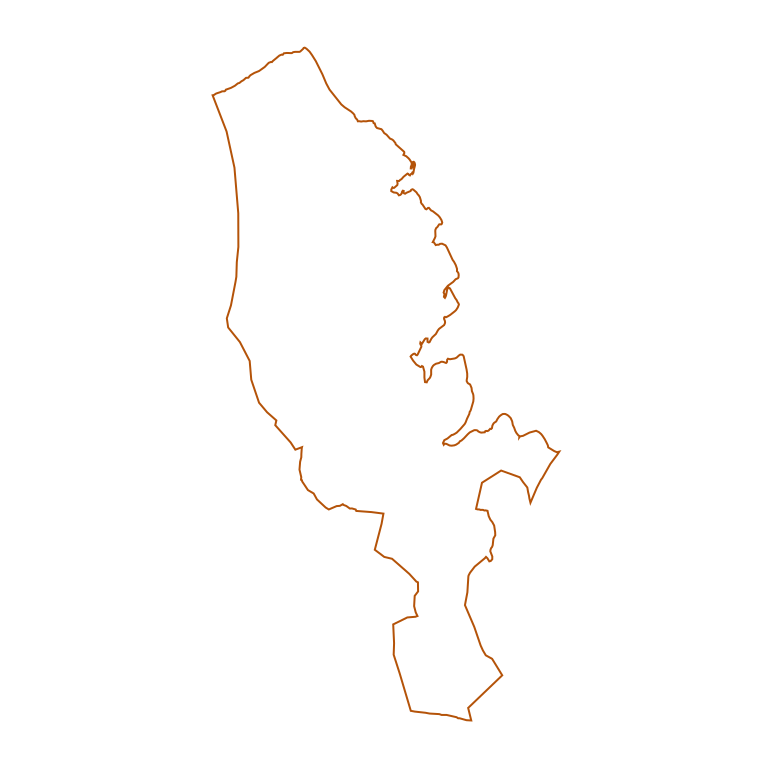 Sorong Selatan, Papua Barat, Indonesia (Equal Earth projection), rotated 181°
{"feature_id": "22746128B99267537228675", "entity_name": "Sorong Selatan", "entity_type": "district", "adm_level": 2, "iso_a3": "IDN", "parent_name": "Indonesia", "parent_adm1": "Papua Barat", "projection": "equal_earth", "projection_center": [132.035, -1.666], "detail": "fine", "context": "isolated", "style": "outline", "palette": "amber", "viewbox_px": 768, "rotation_deg": 181, "n_neighbors": 0, "source": "geoboundaries", "source_scale": "gbopen_adm2", "svg_char_len": 6126}
<svg xmlns="http://www.w3.org/2000/svg" viewBox="0 0 768 768"><g transform="rotate(181 384 384)"><path d="M351.5,57.7L347.5,57.0L336.7,56.0L332.7,55.3L322.9,54.9L320.6,54.1L315.6,54.2L305.6,52.1L304.1,51.1L302.5,51.1L295.7,49.3L290.9,49.1L294.2,61.6L260.7,94.8L271.1,111.1L277.5,114.5L280.5,119.4L282.8,124.2L289.5,142.7L299.2,164.3L297.0,177.1L296.3,192.9L296.1,194.0L294.7,196.8L290.1,203.0L280.2,211.5L279.0,212.9L277.6,211.6L275.6,208.5L274.2,208.9L272.7,210.7L272.7,213.4L274.8,218.6L274.6,220.2L274.0,221.8L273.1,223.0L272.5,224.7L271.9,231.3L270.1,234.7L270.3,237.9L271.4,244.4L273.3,247.8L275.3,250.2L277.0,253.7L278.3,259.0L280.1,259.4L281.5,259.3L282.9,259.9L285.5,259.8L286.2,260.2L288.5,260.3L289.8,260.7L284.3,287.0L265.4,299.5L246.6,293.1L243.3,288.4L238.9,283.0L238.0,278.3L237.1,274.9L236.6,272.0L235.5,267.8L229.4,282.9L225.3,291.1L224.2,292.5L216.3,307.0L209.4,316.5L207.6,319.4L209.9,318.8L212.6,319.9L218.7,323.5L219.1,325.5L220.3,327.9L222.3,331.6L224.6,335.0L226.0,336.7L228.3,338.6L231.1,339.9L237.6,338.0L244.1,334.6L247.1,334.0L247.8,333.0L247.7,334.4L248.8,335.0L250.7,337.3L251.9,339.4L253.1,342.6L254.5,345.3L255.2,348.9L256.7,352.1L258.7,354.1L260.0,355.1L262.1,356.1L263.2,356.2L264.9,356.0L266.7,354.8L268.3,353.4L270.0,350.9L271.2,348.5L273.2,347.1L273.9,346.3L274.9,344.3L275.3,341.7L276.1,340.9L277.0,341.1L278.7,339.2L279.9,338.7L281.1,338.9L282.0,338.5L282.4,337.5L285.7,337.1L286.9,337.3L288.9,338.2L289.7,339.1L290.7,339.4L292.3,339.5L293.2,339.3L297.4,337.1L299.4,335.2L303.2,331.0L305.6,328.8L307.2,328.0L308.0,326.6L310.7,324.7L312.6,323.9L315.3,323.5L317.4,323.7L320.5,325.2L322.4,325.4L323.2,324.3L324.0,326.0L322.7,328.9L319.6,330.6L315.4,334.2L314.5,334.3L312.7,335.2L310.5,336.6L306.8,340.4L302.6,345.4L301.7,347.1L300.4,350.7L298.2,355.5L297.8,357.7L297.2,358.5L296.7,359.7L294.4,368.2L294.2,371.0L294.4,374.0L294.7,375.4L296.0,378.5L296.4,381.6L297.9,385.0L300.2,386.3L301.3,388.1L301.4,389.2L300.9,392.5L301.0,395.9L301.7,400.0L304.8,413.0L305.3,413.9L306.3,414.7L308.3,414.7L309.5,413.9L311.9,411.6L313.6,410.8L318.5,409.9L320.5,410.4L321.3,409.3L321.3,407.9L321.6,406.7L322.3,406.1L324.8,407.0L326.5,407.3L327.5,407.1L329.5,405.9L332.3,405.2L334.4,403.9L335.3,403.0L336.4,401.2L337.1,399.2L337.0,394.3L337.7,392.0L338.4,390.7L340.5,388.4L341.3,386.4L343.0,386.6L343.7,391.1L343.8,397.0L345.3,402.0L346.4,402.6L347.0,401.8L347.9,401.6L352.0,404.0L355.3,407.9L357.9,411.9L357.2,412.9L355.4,414.4L354.3,414.9L353.5,414.7L352.8,413.7L351.6,413.3L350.9,414.0L347.3,421.9L347.4,423.1L348.1,424.0L348.5,425.1L348.3,426.2L346.8,424.8L344.0,429.5L343.0,430.3L341.3,430.2L341.2,426.9L340.0,426.3L339.2,426.6L337.4,430.2L336.4,431.6L333.0,434.9L331.1,438.5L329.9,440.1L324.9,444.0L324.2,445.6L324.0,446.7L324.2,448.1L325.1,450.2L325.0,451.6L324.2,452.2L323.2,451.8L321.8,452.5L319.2,454.1L314.5,457.9L313.2,459.2L311.6,461.8L310.5,464.7L310.9,465.9L311.7,466.9L313.0,469.4L314.2,470.9L319.7,480.7L321.0,481.5L321.8,480.9L322.5,479.5L323.5,473.8L323.9,472.5L324.6,471.2L325.6,472.2L325.1,475.0L326.0,476.4L325.3,478.9L321.8,483.4L316.6,487.3L314.2,490.0L312.0,491.0L311.4,491.8L311.2,494.2L311.5,496.0L312.2,497.2L313.0,498.0L313.0,500.4L314.3,504.1L316.1,507.4L317.6,509.4L323.5,521.6L324.9,523.7L328.4,525.3L330.4,525.1L331.7,524.2L333.3,524.2L334.7,523.8L336.6,526.5L337.7,526.7L335.8,530.6L335.1,532.5L335.4,537.8L335.3,539.1L334.5,540.9L333.4,541.8L331.7,544.5L330.8,544.7L329.8,544.5L329.0,545.1L328.6,546.5L329.4,548.9L331.1,551.6L332.8,553.5L338.1,557.5L340.0,558.4L342.2,560.9L343.1,560.8L344.6,559.4L345.6,559.7L348.7,564.2L349.4,564.7L350.3,566.3L350.2,567.6L351.4,571.4L352.6,573.3L353.5,574.1L354.9,576.2L358.1,578.9L359.0,579.2L360.2,578.6L360.8,577.4L365.1,575.5L366.0,574.7L366.9,574.8L367.8,575.5L367.7,577.4L368.6,577.6L369.4,576.3L369.6,575.0L370.3,574.0L371.1,573.3L372.4,572.9L373.7,574.7L374.9,575.4L377.7,575.7L380.1,577.0L380.1,578.6L379.0,580.8L378.2,580.2L377.3,580.3L374.2,583.1L373.9,584.6L374.4,587.3L372.5,587.2L371.1,588.6L370.2,589.0L368.1,591.5L364.2,594.8L363.4,594.5L362.8,593.6L361.7,593.0L360.9,594.3L360.0,594.7L359.5,595.6L358.9,594.7L358.3,595.7L357.7,599.5L356.8,603.1L356.8,604.2L357.4,606.0L358.2,606.7L359.4,606.3L358.5,602.7L359.0,601.6L359.8,602.2L360.1,600.0L361.0,600.0L360.9,601.8L360.3,603.2L360.1,604.4L360.3,605.9L362.4,609.0L363.5,610.2L365.7,612.1L368.6,613.4L367.7,615.3L367.9,616.5L376.4,623.8L376.8,625.1L379.0,627.8L380.3,628.7L382.3,629.5L385.8,633.3L388.2,634.9L389.8,637.3L391.0,638.7L395.4,639.8L396.4,640.8L397.0,641.8L397.8,644.4L398.9,644.6L399.6,646.5L400.5,646.8L403.6,646.9L406.5,646.3L409.2,646.4L411.5,646.0L413.0,646.3L414.7,646.2L415.5,648.0L416.2,648.5L417.1,649.6L418.0,651.4L418.3,652.6L419.3,653.8L421.7,655.9L428.2,660.0L431.6,662.8L443.6,677.4L447.0,683.5L451.0,692.6L457.8,705.6L461.7,711.6L464.2,715.0L467.4,717.9L469.1,718.9L470.2,718.6L470.7,717.7L473.5,715.0L474.4,714.6L478.9,714.5L480.6,714.2L481.8,713.3L482.6,713.2L486.9,713.3L489.9,712.9L491.0,711.4L492.0,711.6L494.3,710.6L500.9,704.9L501.7,703.9L502.7,704.0L504.9,703.1L508.8,698.9L514.5,694.7L519.0,692.8L522.8,690.5L523.8,689.5L524.9,687.9L527.3,687.7L529.9,685.3L531.8,684.2L533.8,682.5L535.4,682.0L538.3,679.6L542.2,677.4L547.3,675.5L547.8,674.4L548.6,673.9L551.0,673.8L552.6,673.0L556.9,671.5L559.1,670.0L560.4,669.7L545.8,633.7L537.3,597.7L532.7,552.2L532.0,518.5L533.3,503.3L533.5,488.6L534.3,483.3L538.4,459.9L542.3,446.9L540.8,437.8L528.8,423.4L518.7,404.7L516.8,386.0L508.6,363.1L500.4,353.7L491.0,345.7L492.0,340.9L476.3,323.9L471.5,316.8L464.9,319.4L465.1,318.6L465.4,312.6L465.4,309.3L466.5,304.8L467.0,296.9L465.1,289.4L465.3,286.8L464.4,286.4L464.1,285.1L458.2,276.6L452.4,273.3L449.0,267.4L440.2,259.5L437.0,257.6L429.2,261.1L426.0,261.4L423.1,263.1L422.7,262.5L419.6,261.4L416.0,258.9L413.8,259.0L410.1,258.0L409.5,256.6L394.2,255.7L382.3,254.4L384.0,244.1L390.3,218.1L380.7,211.1L372.9,209.4L355.4,194.6L348.2,187.0L346.6,186.3L346.3,177.2L349.6,172.7L350.0,162.4L348.3,156.2L346.5,152.6L348.6,151.8L356.6,151.0L370.6,143.8L369.4,125.0L369.6,113.5L363.2,94.7L351.5,57.7Z" fill="none" stroke="#b45309" stroke-width="2"/></g></svg>